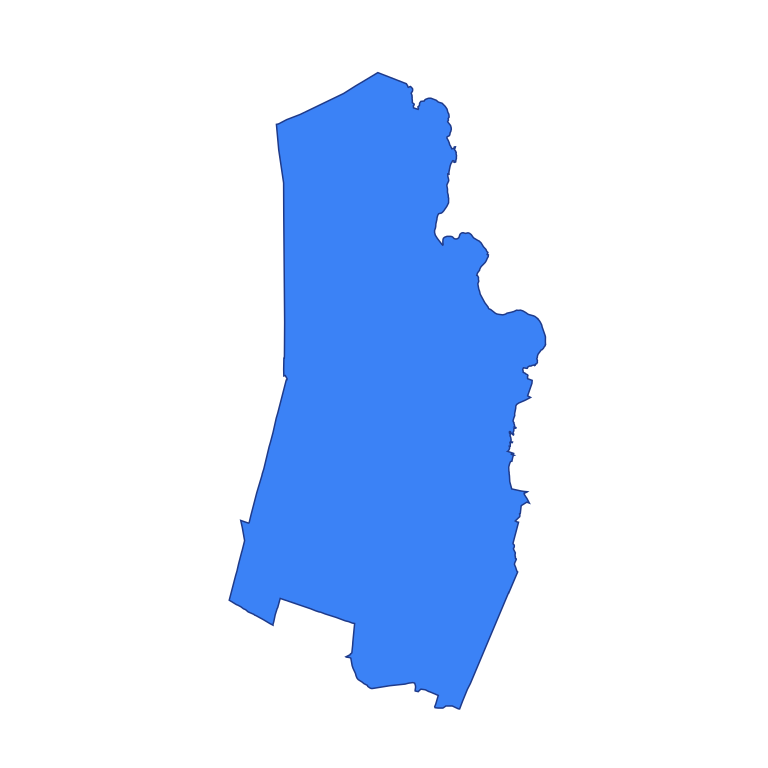 Ceamurlia De Jos, Tulcea, Romania (Mercator projection), rotated 200°
{"feature_id": "2599482B14465216932535", "entity_name": "Ceamurlia De Jos", "entity_type": "district", "adm_level": 2, "iso_a3": "ROU", "parent_name": "Romania", "parent_adm1": "Tulcea", "projection": "mercator", "projection_center": [28.752, 44.725], "detail": "fine", "context": "isolated", "style": "filled", "palette": "blue", "viewbox_px": 768, "rotation_deg": 200, "n_neighbors": 0, "source": "geoboundaries", "source_scale": "gbopen_adm2", "svg_char_len": 6157}
<svg xmlns="http://www.w3.org/2000/svg" viewBox="0 0 768 768"><g transform="rotate(200 384 384)"><path d="M201.8,104.5L201.7,112.6L201.2,125.6L200.4,132.0L195.7,227.6L195.5,230.7L195.3,230.6L194.1,253.1L194.6,253.3L195.4,253.9L197.7,256.9L199.6,258.9L200.0,260.4L199.7,264.5L199.9,264.9L200.7,265.0L201.0,265.3L201.3,266.4L201.7,266.8L202.4,268.2L202.8,270.2L206.0,273.3L206.1,274.0L205.9,274.4L205.9,275.6L206.3,276.8L206.7,277.3L207.8,277.8L208.3,278.5L210.3,300.1L212.0,299.9L213.8,300.2L211.1,305.8L211.5,307.4L211.8,307.6L212.2,308.4L211.7,308.8L211.7,309.2L213.3,315.8L213.4,316.7L209.4,321.8L206.7,321.8L210.3,325.1L214.3,328.1L214.6,329.1L214.9,329.3L212.8,331.2L212.4,331.8L215.8,330.9L218.9,330.3L228.1,329.1L232.4,335.2L234.7,340.6L235.8,342.7L236.3,344.1L236.7,344.5L238.4,348.6L238.7,352.2L238.6,354.1L238.5,354.4L238.1,354.8L237.4,355.1L238.0,359.5L238.0,361.0L237.4,361.5L240.3,361.5L240.4,362.3L238.4,362.4L238.4,363.1L244.8,363.0L244.4,363.5L244.0,365.0L244.0,366.5L244.4,367.6L245.0,368.3L244.1,368.6L244.9,371.2L245.6,371.8L245.6,372.4L244.9,372.4L243.4,372.8L243.4,373.4L244.5,373.2L245.3,373.6L245.3,374.7L246.8,377.4L247.9,378.4L247.9,379.5L249.4,380.9L249.8,382.0L249.5,382.4L248.9,382.4L247.8,381.2L246.6,381.0L245.9,380.5L244.9,380.4L244.9,380.9L245.2,381.2L245.2,381.5L246.1,381.9L246.0,384.5L246.7,386.2L245.9,387.2L245.0,387.6L245.0,388.1L245.4,388.3L247.1,388.1L246.8,388.8L247.0,389.4L247.8,390.7L248.5,391.4L248.7,392.2L249.7,392.8L250.2,393.8L250.4,396.7L250.3,398.9L251.1,400.8L251.9,406.1L252.6,408.4L252.5,409.3L252.3,410.2L250.9,412.2L245.6,417.2L241.7,421.5L245.0,422.0L245.2,435.2L246.0,438.1L250.8,438.1L251.2,438.6L251.3,439.4L251.7,440.0L251.6,441.0L251.9,441.5L252.6,441.8L254.0,441.9L254.7,442.3L257.2,442.6L257.7,443.8L258.6,445.0L258.6,445.5L258.5,446.9L254.9,447.6L254.7,447.8L254.6,449.2L253.4,450.7L252.0,451.1L251.4,451.9L249.4,453.2L248.8,452.8L248.3,453.4L248.4,454.5L247.5,455.2L247.4,455.8L247.2,456.6L247.8,458.0L247.9,458.7L249.1,460.0L249.0,461.4L249.4,462.8L249.4,464.7L247.9,469.8L247.2,470.3L246.4,472.1L246.2,473.5L245.7,474.9L245.7,476.2L245.9,476.2L246.0,477.0L246.8,478.9L248.4,483.5L249.3,484.8L254.9,491.7L256.0,493.4L258.2,495.5L259.9,496.8L261.9,497.8L261.8,498.0L265.3,499.1L266.8,499.2L271.9,498.8L273.1,499.0L275.1,499.6L278.5,500.2L281.0,500.1L282.8,499.2L284.7,498.7L286.7,496.6L289.2,494.8L292.7,492.6L293.7,491.2L296.0,489.6L300.5,488.6L302.0,488.4L303.6,488.6L309.3,490.5L310.9,490.5L311.7,490.9L312.5,491.9L317.1,494.9L324.3,501.3L326.1,504.1L327.4,505.6L330.1,510.2L330.1,513.0L331.1,514.7L331.7,516.5L333.2,517.8L334.0,517.8L334.1,520.5L333.1,523.5L333.3,524.3L333.2,525.7L332.9,527.5L330.5,532.8L330.1,534.7L329.9,538.0L329.6,539.2L330.1,541.1L331.3,541.0L331.4,543.2L332.7,543.7L334.2,545.3L337.5,547.0L341.0,549.8L343.5,550.9L344.9,551.0L349.5,551.9L350.2,552.2L353.1,554.2L354.9,554.8L356.1,554.9L357.1,554.6L358.9,553.4L361.5,553.2L362.8,552.4L363.6,551.2L363.7,550.8L363.7,549.7L363.8,549.7L363.7,548.0L363.8,547.0L364.5,545.9L365.3,545.2L366.6,544.7L368.0,544.7L369.8,545.6L370.8,545.7L371.9,545.5L375.3,544.3L377.3,542.6L378.0,541.3L378.0,540.1L377.3,537.6L376.1,535.0L376.3,534.6L377.3,535.0L383.6,539.0L386.7,541.4L388.3,543.7L389.0,545.7L389.0,548.1L389.3,549.8L390.0,552.1L390.6,556.9L391.0,558.2L391.2,560.9L390.9,562.7L388.5,564.3L387.8,565.4L387.1,567.1L385.7,572.5L385.3,576.3L386.9,580.9L387.3,581.2L388.3,583.5L389.9,585.8L391.0,588.9L392.8,591.9L393.0,592.9L392.7,596.8L392.8,597.4L393.4,598.6L395.0,600.9L395.9,603.2L394.7,603.4L395.3,604.8L395.6,606.2L396.4,611.3L396.5,614.2L396.1,615.2L396.0,616.9L395.6,617.5L394.4,617.5L394.2,616.4L393.4,616.4L392.6,617.2L393.0,618.9L393.1,620.7L393.7,622.2L393.9,623.3L395.0,625.0L395.4,626.5L396.0,626.7L396.4,627.4L398.1,628.5L397.9,630.1L398.0,631.3L399.0,630.8L398.8,629.6L400.7,628.2L402.8,630.3L404.2,631.4L405.0,632.7L406.9,634.8L408.8,636.4L409.2,637.3L409.2,637.9L407.6,639.6L407.4,640.6L407.8,643.0L407.6,644.1L407.9,646.4L408.6,647.9L409.9,649.7L413.9,652.2L414.0,652.7L413.6,653.7L414.5,655.5L414.1,657.0L414.6,658.2L415.4,659.8L416.9,661.1L418.8,663.9L421.4,665.8L425.4,667.7L429.4,667.5L431.9,668.5L437.6,668.6L440.0,667.7L442.3,665.7L442.8,664.9L443.1,663.6L446.0,662.2L446.6,660.1L446.0,658.0L446.5,656.7L446.9,656.2L446.8,655.8L445.8,654.5L445.9,653.7L450.7,653.6L451.6,655.5L451.1,656.7L451.6,657.5L453.4,658.0L453.8,658.4L454.1,659.6L455.3,662.0L455.7,663.4L456.3,664.2L456.3,664.7L457.9,666.5L457.8,667.6L457.5,668.1L457.4,668.9L457.6,670.1L458.2,671.3L460.0,672.3L461.0,672.6L462.6,671.1L463.2,671.4L464.1,672.7L465.3,673.3L465.6,673.8L496.3,674.5L512.8,654.2L521.3,643.2L555.0,608.6L565.9,599.1L572.2,592.2L573.9,591.2L563.1,568.2L547.1,538.6L536.4,509.6L498.4,407.8L487.2,376.4L486.5,374.1L486.9,374.0L483.3,363.5L480.9,357.3L479.6,358.2L478.8,357.4L477.0,356.0L476.8,355.5L476.7,354.8L477.1,354.7L477.2,354.2L473.9,320.2L473.6,315.1L471.7,300.5L470.8,290.6L470.5,285.8L467.9,263.1L467.7,258.1L467.4,256.0L466.4,238.5L464.2,215.5L463.3,207.7L463.4,207.3L463.7,207.0L464.3,206.9L472.0,206.8L468.1,200.7L461.4,189.1L460.3,178.6L460.3,177.8L459.1,165.1L458.2,158.0L457.9,153.2L455.5,127.9L447.2,126.2L445.8,126.2L442.3,125.7L439.1,124.7L436.9,124.6L433.8,123.4L427.4,123.0L426.6,122.6L425.3,122.6L416.8,121.3L409.0,119.8L405.8,119.4L406.1,120.2L406.3,123.1L407.3,129.9L407.6,136.4L407.4,137.5L408.2,147.0L376.0,147.7L370.8,147.5L366.9,147.6L365.8,147.9L360.6,147.8L349.1,148.3L339.3,148.2L336.0,148.6L332.1,148.5L329.7,148.9L324.9,130.4L324.2,128.1L322.3,120.5L322.4,120.0L323.2,118.9L323.0,118.3L326.5,114.6L326.0,114.5L322.6,115.2L321.4,115.0L317.7,108.6L315.9,106.3L311.8,102.2L310.6,100.4L309.2,98.8L308.5,98.2L307.1,97.4L302.6,96.4L300.4,95.6L296.5,95.1L295.9,94.3L293.4,93.6L291.9,93.5L290.9,93.8L275.3,102.5L261.6,109.2L258.7,111.2L255.0,113.2L253.5,113.4L252.8,113.3L251.2,111.2L250.6,109.8L250.0,106.8L249.7,106.2L246.6,106.6L245.8,108.4L244.9,109.9L240.5,110.8L236.9,110.3L235.7,110.4L226.5,109.9L225.9,100.9L226.0,98.1L225.3,97.3L222.7,97.9L217.9,99.6L217.5,100.0L215.7,102.6L209.7,104.8L204.4,104.3L203.0,104.2L201.8,104.5Z" fill="#3b82f6" stroke="#1e3a8a" stroke-width="1.5"/></g></svg>